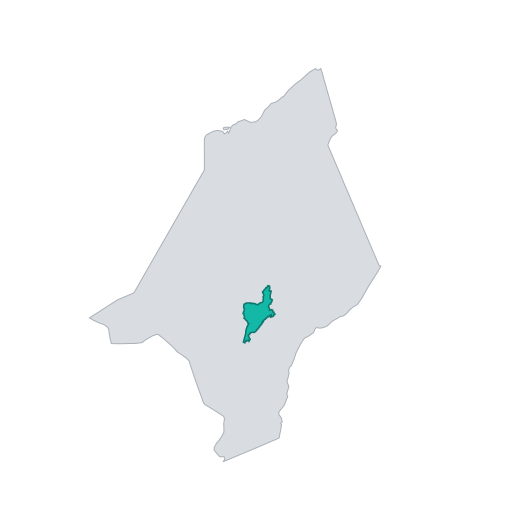 location of Samburu North, Rift Valley, Kenya, rotated 210°
{"feature_id": "3690345B53062225546696", "entity_name": "Samburu North", "entity_type": "district", "adm_level": 2, "iso_a3": "KEN", "parent_name": "Kenya", "parent_adm1": "Rift Valley", "projection": "equal_earth", "projection_center": [36.739, 1.705], "detail": "fine", "context": "in_parent", "style": "filled", "palette": "teal", "viewbox_px": 512, "rotation_deg": 210, "n_neighbors": 0, "source": "geoboundaries", "source_scale": "gbopen_adm2", "svg_char_len": 7844}
<svg xmlns="http://www.w3.org/2000/svg" viewBox="0 0 512 512"><g transform="rotate(210 256 256)"><path d="M142.8,309.6L142.7,303.1L143.4,286.5L143.3,271.9L143.9,264.6L146.6,260.0L147.8,256.6L148.7,251.9L150.1,248.1L153.3,245.0L153.9,243.3L157.2,238.1L159.2,231.4L160.7,229.1L162.6,227.0L164.0,225.9L166.2,224.8L167.9,224.2L168.2,223.7L168.4,222.6L167.8,218.4L168.5,217.1L169.7,214.3L171.1,211.7L172.3,210.1L173.0,208.4L173.3,205.5L173.3,203.4L173.3,200.0L172.9,192.4L171.5,185.9L170.6,178.8L171.3,176.4L170.2,172.2L169.6,172.0L168.7,171.0L167.5,167.1L166.7,163.5L166.1,162.5L162.3,159.4L160.4,151.9L158.3,150.3L157.2,142.8L156.9,140.7L158.1,133.3L158.0,131.6L156.8,130.1L153.2,128.5L150.3,125.4L150.7,124.4L150.9,123.3L149.4,122.5L145.0,109.9L150.7,102.3L156.4,94.6L163.8,84.8L170.6,75.9L176.4,68.2L181.7,61.3L181.5,62.6L181.5,64.3L182.2,65.4L183.3,66.1L184.8,65.4L186.1,64.3L187.3,64.1L195.2,66.9L196.5,69.4L196.4,72.1L196.7,74.1L196.1,76.0L195.5,82.0L195.7,87.4L198.0,91.4L200.1,94.6L201.8,99.0L203.0,100.4L204.7,101.1L210.1,101.3L218.1,101.6L225.7,101.8L226.4,101.9L228.1,102.6L235.1,108.6L241.6,114.0L247.1,118.8L252.4,123.5L257.6,128.0L261.6,131.7L265.5,132.8L271.9,133.4L276.4,133.6L280.5,135.1L286.6,136.6L291.1,137.4L293.9,138.2L301.5,139.1L302.8,138.6L306.2,134.4L309.9,127.7L311.4,124.0L316.3,120.3L324.8,115.1L330.8,111.5L337.5,107.8L340.6,111.0L344.8,116.1L346.7,118.6L348.2,119.7L350.5,120.4L353.3,120.5L354.8,120.3L357.9,119.7L365.1,119.1L369.3,119.1L365.8,125.9L361.7,133.9L354.0,148.8L348.1,156.6L343.7,162.5L343.3,163.6L343.3,170.2L343.4,186.3L343.5,218.5L343.6,250.8L343.7,283.0L343.7,299.2L343.7,304.6L347.6,311.4L351.4,318.0L356.5,326.7L359.2,331.4L359.6,333.0L359.5,336.1L355.3,342.7L351.9,345.7L347.4,347.1L346.0,346.8L344.2,345.9L343.5,347.5L343.0,349.9L342.0,349.4L341.2,348.7L341.6,353.1L342.1,355.2L341.4,358.1L339.2,360.7L339.0,362.8L334.2,368.4L327.4,369.0L323.8,371.8L322.2,374.1L321.0,379.1L321.4,386.8L319.5,392.7L319.2,395.6L315.6,399.4L314.1,403.0L312.9,406.5L311.9,408.1L310.7,416.1L309.1,420.9L308.6,422.6L308.2,424.0L307.0,426.9L306.1,428.8L305.5,430.1L301.4,442.5L298.1,448.2L295.6,447.5L293.9,449.7L293.7,450.7L292.8,450.1L290.7,448.1L286.4,443.9L282.0,439.6L277.7,435.4L273.3,431.2L269.0,427.0L264.6,422.8L260.3,418.5L255.9,414.3L253.4,411.8L252.2,410.4L251.3,407.4L250.9,406.7L249.8,405.8L248.4,405.6L248.0,405.0L248.0,403.6L248.5,401.6L250.1,397.7L250.3,395.5L250.0,392.9L249.5,388.7L249.0,387.8L246.1,385.6L240.1,381.1L234.0,376.5L228.0,372.0L221.9,367.4L215.9,362.8L209.8,358.3L203.8,353.7L197.7,349.2L191.7,344.6L185.6,340.1L179.6,335.5L173.5,331.0L167.4,326.4L161.4,321.9L155.3,317.3L149.3,312.8L147.0,311.1L145.0,309.6L142.8,309.6ZM344.2,353.9L343.1,354.2L343.6,352.0L346.8,349.2L348.0,349.8L348.3,350.5L348.2,351.0L347.7,351.6L344.2,353.9Z" fill="#d9dde1" stroke="#a8b0b8" stroke-width="1"/><path d="M219.6,179.6L219.4,179.3L219.4,180.9L222.9,183.2L222.9,183.8L222.9,184.2L222.9,184.3L222.7,184.5L222.4,184.7L222.6,184.9L222.6,185.1L222.6,185.4L222.5,185.6L222.6,185.9L222.6,186.2L222.3,186.3L222.2,186.4L222.3,187.0L221.9,187.3L221.7,187.4L221.4,187.6L221.1,188.1L220.8,188.3L220.4,188.5L220.0,188.6L219.7,188.7L219.4,188.9L219.3,189.1L219.1,189.1L219.0,189.4L218.9,189.8L218.8,190.1L218.4,190.8L218.5,191.2L218.4,191.6L218.5,192.5L218.1,192.9L218.1,193.1L218.0,193.4L218.0,193.5L217.9,193.5L217.9,193.8L217.9,194.1L217.9,194.6L217.8,194.4L217.7,194.5L217.8,194.7L217.9,194.9L217.7,195.6L217.6,195.9L217.5,196.4L217.5,196.5L217.7,196.2L217.7,196.3L217.7,197.0L217.7,197.6L217.7,197.9L217.6,198.3L217.6,198.5L217.4,198.9L217.3,199.1L217.1,199.1L217.0,199.4L217.0,199.5L217.0,200.0L217.0,200.4L217.1,200.5L217.2,200.4L217.3,200.6L217.2,201.0L217.0,201.5L217.2,201.9L217.5,202.1L217.3,202.5L217.2,202.7L217.3,202.7L217.2,202.9L217.0,203.1L217.1,203.4L217.1,203.5L216.9,203.3L216.9,203.6L217.1,203.8L217.1,204.1L217.3,203.8L217.3,204.0L217.2,204.3L217.1,204.6L216.8,204.9L216.8,205.3L216.6,205.5L216.7,205.8L216.2,206.0L216.2,206.9L216.0,207.0L215.9,207.5L215.7,207.9L215.7,208.6L215.5,209.1L215.5,209.5L215.3,209.5L215.1,209.3L214.9,209.5L214.8,210.0L214.7,210.2L214.6,210.5L214.5,211.1L214.3,211.2L214.1,211.5L213.6,212.8L213.4,212.9L213.0,212.2L212.9,211.2L213.0,211.0L213.1,210.6L212.9,210.2L212.5,210.5L212.5,211.2L212.2,211.2L211.9,211.2L211.3,211.9L211.1,212.1L210.9,212.3L210.9,212.5L210.9,213.3L210.8,213.5L210.8,213.9L210.9,214.2L210.5,215.1L211.3,215.0L211.5,215.0L212.0,215.9L212.2,216.1L212.5,216.3L212.6,216.2L212.8,216.2L213.0,216.1L213.3,216.0L213.5,216.0L213.8,216.4L214.0,216.6L214.3,217.1L214.5,217.1L214.5,217.4L214.8,217.3L215.1,217.2L215.1,217.3L215.2,217.5L215.3,217.7L215.3,217.8L215.4,217.6L215.5,217.6L215.6,217.4L216.0,216.8L216.7,216.4L216.8,216.1L216.9,215.9L217.3,215.8L217.3,216.2L217.3,216.3L217.7,216.8L217.9,216.9L218.1,217.2L218.3,217.3L218.5,217.6L218.8,217.8L219.1,217.9L219.3,218.1L219.9,218.2L220.2,218.4L220.2,218.5L220.0,218.9L220.0,219.0L220.2,219.4L220.2,219.5L220.3,219.8L220.3,220.0L220.2,220.3L220.2,220.5L220.0,221.1L219.8,221.3L220.0,221.3L219.9,221.6L219.8,222.4L219.5,222.7L219.4,223.0L219.5,223.3L219.4,223.5L219.6,223.7L219.6,223.8L219.5,224.0L219.6,224.7L219.7,224.8L219.7,225.1L219.9,225.5L219.9,225.9L219.9,226.2L220.4,226.3L222.4,226.2L223.2,227.7L223.3,227.8L223.5,228.0L223.8,228.3L224.0,228.8L224.3,229.9L224.4,230.6L224.7,231.2L224.8,231.6L225.0,232.0L225.1,232.3L225.2,232.7L225.2,233.1L225.3,233.2L225.3,233.9L225.4,233.3L225.8,233.1L226.3,233.0L226.5,232.9L226.7,232.5L226.9,232.3L227.0,232.4L227.1,232.5L227.3,232.6L227.6,233.0L227.8,233.3L227.8,234.8L228.1,235.2L228.2,235.4L228.4,235.7L228.7,236.2L229.2,236.4L229.3,236.6L229.9,236.7L230.0,236.5L230.0,236.3L230.4,236.5L230.5,236.8L230.6,237.0L230.6,236.8L230.7,236.6L230.7,236.0L230.9,235.6L230.9,234.7L231.0,234.3L231.2,234.1L231.2,233.8L231.2,233.6L231.4,233.5L231.3,233.4L231.3,233.2L231.2,233.1L231.3,233.0L231.3,232.8L231.5,232.6L231.5,232.3L231.5,232.2L231.6,231.9L231.7,231.7L231.8,231.6L231.8,231.2L231.9,230.8L232.0,230.6L231.9,230.3L232.0,230.1L232.0,229.8L232.0,229.2L232.3,228.8L232.4,228.6L232.4,228.3L232.2,228.3L232.1,228.2L232.0,227.9L231.9,227.7L231.7,227.5L231.3,227.6L231.2,227.2L230.9,227.1L230.6,226.9L229.7,226.1L229.6,225.9L229.4,225.5L229.4,225.2L229.5,224.8L229.5,224.5L229.5,224.1L229.2,223.9L228.9,223.7L228.6,223.4L228.6,223.0L228.2,222.6L228.0,221.8L227.8,221.6L227.2,220.2L227.3,219.7L227.3,219.4L227.5,218.9L227.7,218.6L228.2,218.2L228.5,218.0L228.6,217.7L228.9,217.5L228.9,217.3L229.2,217.0L229.2,216.8L229.4,216.2L229.6,216.0L229.7,215.6L230.0,215.4L230.1,215.2L230.2,214.5L232.0,214.1L232.4,214.4L232.5,214.4L233.1,213.9L233.3,213.9L233.5,214.0L233.8,213.8L234.0,213.9L234.3,213.9L234.5,213.8L234.9,213.3L235.3,213.3L235.4,213.1L235.6,212.9L235.7,212.7L236.0,212.5L236.2,212.4L236.7,212.5L236.8,212.7L237.0,212.5L237.3,212.5L237.6,212.5L238.1,212.1L238.5,211.9L238.7,211.7L239.0,211.6L239.2,211.4L239.5,211.3L239.7,211.1L240.1,210.9L240.6,210.6L241.0,210.1L241.3,210.0L241.6,209.5L241.6,209.4L241.6,209.2L241.6,208.9L241.8,208.8L242.3,208.1L240.9,205.1L240.4,204.8L239.4,204.3L238.5,199.7L237.4,199.6L237.0,198.9L235.9,197.9L235.6,197.5L235.4,197.0L235.3,196.1L235.2,196.1L234.2,196.0L233.4,195.7L232.9,195.4L231.1,195.3L230.7,194.8L230.1,194.4L229.3,193.7L229.0,193.8L228.6,194.1L228.4,194.0L228.5,193.4L228.5,192.7L228.5,192.4L228.4,191.5L228.4,190.9L228.2,190.7L228.3,189.9L228.0,188.7L227.8,187.4L227.7,187.3L226.9,185.0L226.3,184.2L224.2,176.3L224.1,175.9L223.9,175.1L223.6,175.1L223.4,175.1L222.5,175.3L222.4,175.2L222.2,175.2L222.3,175.7L222.3,176.1L222.3,176.4L222.2,177.0L222.2,177.4L221.9,177.2L221.4,177.8L221.1,178.3L221.0,178.7L220.8,178.8L220.6,178.8L220.6,179.2L220.6,179.6L220.5,179.8L220.5,179.2L220.4,179.3L220.3,179.0L220.1,178.9L220.0,179.3L219.9,179.5L219.6,179.6Z" fill="#14b8a6" stroke="#0f766e" stroke-width="1.5"/></g></svg>